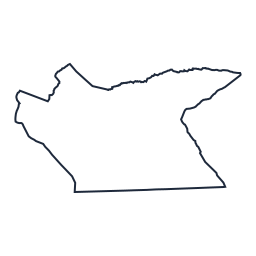 outline of San Miguel Mixtepec, Oaxaca, Mexico
{"feature_id": "50627088B95758016663451", "entity_name": "San Miguel Mixtepec", "entity_type": "district", "adm_level": 2, "iso_a3": "MEX", "parent_name": "Mexico", "parent_adm1": "Oaxaca", "projection": "robinson", "projection_center": [-96.942, 16.759], "detail": "fine", "context": "isolated", "style": "outline", "palette": "slate", "viewbox_px": 256, "rotation_deg": 0, "n_neighbors": 0, "source": "geoboundaries", "source_scale": "gbopen_adm2", "svg_char_len": 3737}
<svg xmlns="http://www.w3.org/2000/svg" viewBox="0 0 256 256"><path d="M225.2,186.8L223.4,182.6L218.4,176.9L217.1,175.4L216.4,172.9L205.2,162.0L200.0,153.1L200.7,151.8L198.3,146.9L196.9,145.8L196.2,144.1L195.5,142.9L195.3,141.3L195.3,141.0L193.6,140.0L190.3,135.7L189.5,134.2L188.6,133.1L188.1,132.8L187.5,132.0L187.2,128.7L185.9,126.2L185.0,124.6L184.2,124.3L182.6,122.5L181.9,121.3L181.1,119.3L182.1,117.2L184.4,111.4L185.2,110.0L186.5,108.9L190.0,108.6L194.0,107.5L195.8,106.6L196.5,105.7L197.2,105.2L198.0,104.3L199.4,103.5L199.8,103.0L200.9,101.8L201.1,101.6L201.6,101.0L202.6,100.5L203.2,99.9L204.7,99.7L205.7,99.4L206.1,99.5L207.6,99.1L208.3,99.1L210.4,98.3L211.1,97.2L211.7,96.3L212.8,95.3L213.3,94.6L213.8,94.2L214.8,93.8L215.0,93.5L216.2,92.1L217.0,91.1L218.0,90.4L220.2,89.3L221.7,88.9L222.5,88.5L223.6,87.8L224.9,87.2L240.4,75.2L240.5,74.8L240.6,74.2L240.1,73.0L238.7,73.0L237.1,72.9L234.1,72.5L232.8,72.3L232.3,71.9L231.2,71.7L230.2,71.6L229.7,71.3L228.7,70.9L227.8,70.5L225.9,70.3L223.4,70.1L222.2,70.2L221.4,70.7L220.2,70.7L218.9,70.6L217.2,69.9L215.6,69.9L214.7,70.1L213.6,70.1L213.1,70.0L212.7,70.0L212.3,70.1L211.6,69.9L208.5,68.8L208.4,68.7L208.0,68.8L207.6,68.6L206.2,68.6L206.0,68.2L205.6,68.0L204.7,68.1L203.6,68.2L202.8,68.1L201.6,69.5L201.2,69.7L198.7,69.2L198.4,68.9L197.1,69.0L196.2,68.6L193.9,68.7L193.0,68.4L192.7,68.5L192.5,68.9L192.7,69.8L192.6,70.0L191.3,70.0L189.4,69.9L189.1,69.6L187.5,71.3L185.4,71.0L184.3,70.2L183.9,71.3L181.9,71.4L181.2,71.1L180.2,71.1L179.3,72.2L178.7,72.4L177.3,72.3L177.2,72.0L173.4,71.1L172.3,70.1L171.9,69.6L170.4,69.7L170.1,70.0L169.1,70.6L168.0,70.6L166.8,71.3L163.2,72.6L162.6,72.9L162.0,73.7L160.1,73.6L157.7,75.3L157.3,75.1L155.4,74.8L154.6,74.3L153.6,75.9L153.3,76.0L152.2,75.8L151.1,77.2L149.3,78.2L147.4,78.6L146.7,80.6L146.2,81.6L145.8,81.3L144.7,81.0L143.4,82.1L141.8,82.0L141.3,82.2L141.0,82.2L140.7,81.6L139.6,81.3L138.2,81.7L137.3,81.2L136.8,81.6L136.2,81.6L135.8,81.2L135.5,81.1L134.1,81.9L133.3,82.9L132.5,82.3L130.3,81.6L129.2,82.4L128.4,82.3L127.4,82.5L126.8,83.0L126.3,82.7L126.0,82.7L125.2,83.0L123.7,82.9L123.2,83.0L122.7,83.4L121.8,83.1L121.6,83.2L121.1,83.9L120.6,83.9L120.5,84.1L119.8,85.2L119.4,85.3L118.9,85.1L118.2,85.8L117.8,85.9L117.5,85.7L115.8,86.3L114.2,86.5L113.7,86.7L113.6,86.8L112.1,87.2L112.2,87.8L112.2,88.0L112.3,88.1L112.4,88.3L112.4,88.5L112.3,88.8L112.2,88.8L111.8,88.8L111.6,88.8L111.4,88.9L111.3,89.0L111.2,89.0L110.8,89.1L110.7,89.2L110.5,89.3L110.4,89.4L110.3,89.5L110.2,89.5L109.9,89.5L109.8,89.4L109.7,89.4L109.3,89.3L109.2,89.3L108.9,89.4L108.7,89.5L108.4,89.6L108.4,89.8L108.3,90.0L108.2,90.0L108.0,89.9L107.9,89.9L107.7,89.7L107.4,89.6L107.2,89.6L106.9,89.4L106.7,89.4L92.5,86.1L84.7,79.1L76.2,71.4L69.9,64.0L68.0,64.9L67.7,65.1L67.5,65.4L67.0,65.9L66.0,66.4L64.2,67.9L63.5,68.3L62.3,68.4L62.0,68.8L61.6,69.6L60.9,70.1L60.4,70.2L60.1,70.4L59.4,71.1L59.1,71.4L57.8,71.6L57.4,72.1L57.1,72.6L55.9,73.9L55.2,76.0L55.4,76.6L55.7,77.2L56.4,77.8L58.1,79.9L59.4,81.6L59.3,83.0L59.2,83.0L58.2,84.2L57.9,85.3L57.4,86.2L55.5,87.7L54.3,89.0L54.3,89.6L53.6,90.8L53.8,92.3L53.2,93.8L51.8,95.1L50.6,95.0L49.5,95.2L49.3,99.0L47.8,101.3L19.9,90.7L18.8,92.4L17.8,92.8L16.8,95.0L16.4,96.3L16.4,97.6L16.7,98.7L17.1,100.1L19.6,103.4L18.9,103.9L18.5,106.8L17.5,109.3L17.4,109.6L17.2,110.0L16.9,110.4L15.9,113.7L15.5,117.0L15.4,118.6L15.4,119.6L15.6,121.6L17.3,122.6L19.2,123.1L21.2,123.0L22.0,123.4L22.8,124.4L23.5,126.2L24.5,128.1L28.7,136.3L31.2,138.2L34.3,139.8L36.0,141.1L43.2,143.9L45.2,146.8L49.0,150.7L52.1,154.8L61.2,164.9L68.3,172.3L72.1,176.3L75.2,182.8L74.7,192.0L125.1,190.6L131.0,190.4L133.4,190.3L146.8,189.9L156.3,189.4L165.5,189.2L200.6,187.9L210.4,187.5L223.8,187.0L225.2,186.8Z" fill="none" stroke="#1e293b" stroke-width="2"/></svg>